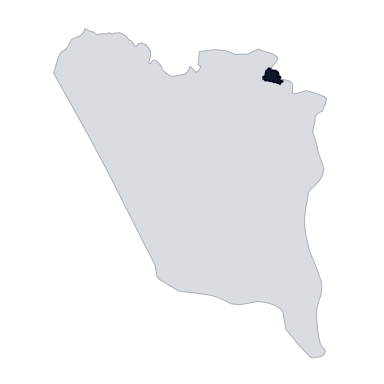 Jisr-Ash-Shugur, Idlib, Syria (highlighted), rotated 97°
{"feature_id": "27442178B84192320308694", "entity_name": "Jisr-Ash-Shugur", "entity_type": "district", "adm_level": 2, "iso_a3": "SYR", "parent_name": "Syria", "parent_adm1": "Idlib", "projection": "equal_earth", "projection_center": [36.341, 35.883], "detail": "fine", "context": "in_parent", "style": "filled", "palette": "ink", "viewbox_px": 384, "rotation_deg": 97, "n_neighbors": 0, "source": "geoboundaries", "source_scale": "gbopen_adm2", "svg_char_len": 4303}
<svg xmlns="http://www.w3.org/2000/svg" viewBox="0 0 384 384"><g transform="rotate(97 192 192)"><path d="M48.0,123.3L51.5,123.7L58.8,128.5L60.0,128.3L62.2,122.0L64.3,119.9L68.8,118.1L70.1,107.9L72.2,106.0L74.7,104.9L78.6,104.7L82.0,104.1L82.2,102.3L77.5,90.6L77.9,87.7L80.2,76.0L81.6,71.4L83.0,69.9L88.4,70.5L95.9,72.5L97.9,75.9L101.6,78.9L107.1,78.7L113.4,79.3L118.4,79.5L122.4,77.3L131.3,73.4L135.7,72.1L139.8,70.3L152.7,63.9L157.9,64.4L161.4,65.3L164.2,66.3L170.3,70.7L175.4,75.1L179.0,76.5L185.3,76.4L194.5,77.2L205.8,77.1L212.4,75.9L220.8,73.7L235.7,68.5L255.3,57.5L266.8,52.1L271.8,51.5L278.3,51.5L284.8,52.8L292.2,53.8L295.6,53.8L303.6,52.7L313.9,50.4L320.3,48.6L328.1,45.6L332.9,40.7L334.5,40.2L336.5,41.1L337.5,41.4L339.6,44.2L341.8,51.5L341.9,52.3L341.5,54.4L336.6,60.3L329.8,68.5L324.9,73.6L316.7,82.2L310.4,84.1L299.8,87.2L297.1,90.2L294.5,95.1L293.1,101.8L292.7,106.0L292.6,113.8L295.3,122.0L297.8,129.8L298.2,134.9L298.1,140.0L295.9,145.5L293.5,153.0L292.2,161.4L291.8,177.3L292.0,190.8L291.9,193.1L287.6,202.6L282.7,213.8L280.3,216.4L269.1,219.7L256.8,228.0L243.2,237.2L230.7,245.5L217.6,254.3L204.0,263.4L194.3,269.9L181.3,278.7L169.4,287.0L157.3,295.5L148.2,301.9L134.2,312.1L126.0,318.1L114.0,326.9L103.4,334.6L90.8,343.8L75.0,341.1L70.0,339.5L65.9,335.1L62.9,332.8L55.4,330.4L50.6,322.2L47.8,319.3L42.8,318.0L44.9,312.7L45.3,309.3L47.5,305.0L46.2,302.3L45.5,296.4L44.6,294.9L44.2,293.4L45.0,291.5L44.7,289.6L43.8,288.7L43.4,285.8L42.8,283.7L43.1,281.0L44.2,279.3L45.4,276.0L46.7,275.0L48.8,272.9L49.3,270.8L51.2,268.7L53.8,267.0L54.3,265.6L54.0,264.8L51.4,263.2L50.1,260.5L51.3,256.5L52.1,255.3L53.6,253.3L57.0,250.4L59.7,249.9L62.0,249.9L65.9,250.2L68.9,250.7L69.6,249.9L69.5,249.0L65.8,246.6L65.6,244.7L66.5,242.6L69.2,239.4L72.3,237.0L73.9,236.6L77.5,231.9L79.8,226.5L76.1,213.6L73.8,211.5L70.2,209.8L68.0,209.5L67.9,208.7L70.7,205.4L72.8,202.5L70.5,199.8L66.5,198.6L65.0,201.4L59.8,201.6L51.7,201.6L48.2,188.0L47.7,182.1L47.8,175.3L50.3,165.3L49.1,160.7L49.0,157.6L48.4,153.4L42.1,144.2L45.6,127.4L48.0,123.3Z" fill="#d9dde1" stroke="#a8b0b8" stroke-width="1"/><path d="M71.0,135.0L70.9,134.9L71.0,134.5L70.8,134.0L70.8,133.7L70.9,133.4L71.0,133.3L71.1,133.2L71.2,133.3L71.6,133.3L71.9,133.2L72.0,133.5L72.3,133.4L72.5,133.2L72.6,132.9L72.6,132.5L72.6,132.3L72.6,132.1L72.5,131.9L72.3,131.9L72.0,131.9L71.9,131.9L71.7,131.4L71.7,130.6L71.7,130.3L71.9,130.3L72.1,130.3L72.3,130.2L72.4,129.9L72.5,129.5L72.5,129.1L72.6,128.9L72.6,128.7L72.5,128.4L72.5,128.1L72.6,127.8L72.6,126.9L72.6,126.7L72.6,126.3L72.6,126.2L72.6,125.9L72.6,125.7L72.6,125.3L72.4,125.1L72.5,124.9L73.3,124.5L73.2,124.0L73.2,123.8L73.2,123.7L72.8,123.5L72.9,122.8L73.0,122.2L73.0,121.9L73.1,121.5L73.3,121.2L73.6,120.8L73.6,120.6L73.4,120.2L73.3,119.8L73.5,119.4L73.5,119.2L74.0,118.8L74.1,118.6L74.1,118.4L74.1,118.2L74.2,117.7L73.7,117.6L73.3,117.6L72.9,117.5L72.8,117.4L72.6,117.1L72.6,116.8L72.5,116.6L72.2,116.5L71.9,116.3L71.9,116.2L71.8,115.7L71.7,115.5L71.3,115.3L71.0,115.3L71.0,115.5L70.9,115.9L70.5,116.4L70.4,116.6L70.4,117.0L70.4,117.7L70.3,118.2L70.1,118.4L69.8,118.6L69.3,118.8L69.0,118.7L68.7,118.7L68.3,118.5L67.4,118.0L67.2,118.2L66.8,118.5L66.7,118.6L66.6,118.8L66.4,119.5L66.7,120.1L66.8,120.3L66.9,120.5L66.8,120.8L66.6,120.9L66.2,121.1L65.7,121.0L65.4,120.8L65.0,120.6L64.9,120.6L64.7,120.5L64.2,120.5L63.4,120.7L63.0,120.9L62.7,121.2L62.6,121.3L62.4,121.6L62.3,121.8L62.1,122.2L62.0,122.3L61.9,122.5L61.5,123.2L61.5,123.3L61.2,124.2L61.3,124.3L61.5,125.1L61.6,125.3L61.5,125.9L61.5,126.7L61.4,127.5L61.3,128.2L61.2,128.5L61.0,128.8L60.7,129.4L60.4,129.4L60.0,129.2L59.9,129.7L59.8,130.2L59.7,130.5L59.7,130.9L59.8,131.0L60.3,131.4L60.7,131.3L61.0,131.5L61.3,131.7L61.5,131.9L62.0,132.4L62.1,132.7L62.1,132.8L62.3,133.1L62.9,133.3L63.1,133.3L63.3,133.3L64.7,133.4L64.9,133.5L65.3,133.7L65.7,133.7L65.9,133.6L66.1,133.5L66.1,133.4L66.3,133.3L66.5,133.3L66.8,133.4L67.0,133.5L67.3,133.6L67.3,133.4L67.4,133.2L67.4,132.8L67.5,132.7L67.8,132.7L68.1,132.9L68.2,133.0L68.3,133.1L68.4,133.4L68.5,133.4L68.5,133.6L68.8,133.8L68.8,134.0L68.5,134.3L68.5,134.7L68.6,134.9L68.6,135.0L68.8,135.3L68.9,135.2L69.0,135.2L69.4,135.1L69.5,135.0L69.7,135.3L69.8,135.5L70.1,135.4L70.2,135.2L70.3,135.0L70.4,134.9L70.6,135.0L70.8,135.0L71.0,135.0Z" fill="#0f172a" stroke="#020617" stroke-width="1.5"/></g></svg>